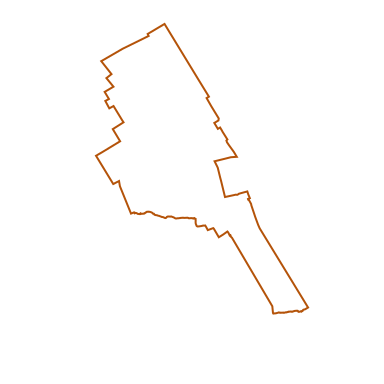 outline of Bacalar, Quintana Roo, Mexico, rotated 59°
{"feature_id": "50627088B87487449340620", "entity_name": "Bacalar", "entity_type": "district", "adm_level": 2, "iso_a3": "MEX", "parent_name": "Mexico", "parent_adm1": "Quintana Roo", "projection": "orthographic", "projection_center": [-88.163, 18.929], "detail": "fine", "context": "isolated", "style": "outline", "palette": "amber", "viewbox_px": 384, "rotation_deg": 59, "n_neighbors": 0, "source": "geoboundaries", "source_scale": "gbopen_adm2", "svg_char_len": 5221}
<svg xmlns="http://www.w3.org/2000/svg" viewBox="0 0 384 384"><g transform="rotate(59 192 192)"><path d="M33.1,202.4L49.5,200.3L50.3,206.7L61.3,205.1L61.2,215.3L69.5,215.3L69.5,215.8L69.3,219.4L75.4,219.7L77.7,219.8L77.9,215.0L94.6,214.9L97.0,214.8L97.3,227.5L110.4,227.5L111.5,227.5L111.6,248.4L111.5,255.6L144.6,255.4L145.0,248.9L149.9,250.8L179.1,255.4L179.6,252.2L180.6,252.2L180.6,251.9L180.7,251.6L180.7,251.3L180.8,251.2L181.1,251.0L181.3,250.9L181.4,250.7L181.5,250.4L182.5,249.9L182.9,249.7L183.0,249.6L183.1,249.4L183.3,249.1L183.7,248.7L183.9,248.3L184.1,248.1L184.2,247.9L183.8,247.6L183.8,247.4L184.0,247.5L184.1,247.2L184.5,246.8L184.6,246.7L184.8,246.4L184.9,246.1L185.0,245.9L185.1,245.7L185.3,245.4L185.4,245.0L185.6,244.8L185.7,244.5L185.9,244.1L185.9,243.8L185.9,243.5L185.7,243.4L185.8,242.5L185.8,242.1L185.7,242.0L185.7,241.9L185.7,241.6L185.8,241.3L185.7,241.0L185.8,240.8L185.8,240.6L186.2,240.0L186.4,239.7L186.6,239.4L186.6,239.2L187.0,238.8L187.1,238.6L187.4,238.3L187.5,238.2L188.0,237.7L189.0,237.0L189.5,236.7L189.9,236.7L190.1,236.7L190.4,236.6L190.5,236.6L190.7,236.4L190.9,236.2L191.0,235.9L191.3,235.8L191.5,235.8L191.8,235.9L192.0,235.9L192.3,235.7L192.6,235.5L193.0,235.2L193.1,234.9L193.3,234.7L193.6,234.4L193.8,234.2L194.0,233.9L194.7,233.4L195.2,232.9L195.5,232.5L195.8,232.3L196.2,232.0L196.9,231.4L197.2,231.2L197.7,230.9L198.0,230.5L198.4,230.0L198.6,229.8L199.2,229.3L199.8,229.0L200.6,228.3L200.7,228.0L200.8,227.7L200.7,227.4L200.6,226.8L200.4,226.4L200.4,226.2L200.5,225.7L200.6,225.4L200.6,225.2L200.8,224.9L201.1,224.5L201.6,223.7L201.8,223.5L201.8,223.4L202.0,223.1L202.1,222.7L202.3,222.4L202.8,222.0L203.1,221.8L203.2,221.7L203.4,221.6L203.9,221.1L204.0,221.0L204.4,220.7L205.1,220.4L205.8,220.0L206.0,219.8L206.3,219.6L206.5,219.3L206.8,218.8L207.0,218.1L207.6,217.0L207.7,216.7L207.8,216.5L208.2,215.5L208.3,215.4L208.3,215.2L208.5,214.8L208.8,214.3L208.9,214.0L209.0,213.8L209.1,213.5L209.3,213.3L209.6,212.7L210.1,212.2L210.3,211.8L210.5,211.4L210.7,211.1L211.1,210.2L211.3,210.0L211.8,209.0L212.4,208.5L212.6,208.5L212.7,208.4L212.8,208.3L213.1,207.9L213.4,207.3L213.5,207.1L213.6,206.9L213.9,206.2L214.1,206.0L214.3,205.7L214.5,205.5L214.6,205.4L214.9,205.1L214.9,204.8L215.0,204.7L215.3,204.6L215.5,204.4L215.4,204.2L215.4,203.8L215.4,203.7L215.5,203.4L215.9,203.2L216.1,203.2L216.4,203.2L216.6,203.2L216.8,203.0L216.9,202.9L217.0,202.8L217.7,203.3L217.9,203.3L218.8,203.8L219.3,204.2L220.0,204.6L220.6,204.9L220.9,205.0L221.1,205.1L221.6,205.2L222.1,205.3L222.5,205.3L222.8,205.4L223.2,205.5L223.5,205.5L223.9,205.3L224.2,205.2L224.4,205.0L224.5,204.9L224.6,204.7L225.1,203.6L225.3,203.2L225.4,202.9L225.5,202.7L225.8,202.0L225.9,201.8L225.9,201.6L226.0,201.4L226.2,201.0L226.2,200.6L226.3,200.4L226.5,200.0L226.5,199.7L227.0,199.0L227.3,198.5L227.4,198.1L227.6,198.1L227.7,197.9L229.6,197.9L232.8,198.1L233.9,192.4L234.6,192.2L244.6,192.3L244.5,187.0L244.1,182.0L245.1,181.8L248.6,182.0L248.7,181.3L249.0,181.3L249.2,182.0L251.8,181.3L331.3,182.0L337.4,184.9L338.1,184.9L338.3,184.5L338.3,184.4L338.4,184.2L338.5,183.9L338.6,183.7L338.8,183.3L338.9,183.1L339.0,183.0L339.1,182.8L339.1,182.7L339.3,182.2L339.4,181.8L339.5,181.3L339.6,181.0L339.7,180.8L339.8,180.4L339.9,179.6L340.0,179.5L340.3,179.3L340.4,179.1L340.7,178.9L340.8,178.8L340.9,178.5L341.0,178.5L341.1,178.3L341.2,178.2L341.3,177.9L341.4,177.7L341.5,177.6L341.6,177.4L341.7,177.1L341.8,177.0L341.9,176.8L342.0,176.7L342.1,176.4L342.3,176.2L342.4,175.9L342.5,175.9L342.7,175.7L342.8,175.5L342.9,175.4L343.1,174.8L343.2,174.6L343.2,174.1L343.3,173.8L343.5,173.6L343.6,173.4L343.8,173.2L343.9,172.6L343.9,172.4L344.0,172.3L344.1,172.0L344.2,171.5L344.2,171.4L344.3,171.4L344.4,170.9L344.6,170.7L344.7,170.2L344.9,169.7L345.0,169.4L345.2,169.1L345.3,168.9L345.5,168.8L345.5,168.6L345.8,168.4L345.9,168.2L346.2,168.0L346.2,167.8L346.2,167.6L346.3,167.5L346.3,167.3L346.4,167.1L346.4,166.9L346.5,166.6L346.6,166.4L346.6,166.1L346.6,165.8L346.7,165.6L346.8,165.5L346.9,165.0L347.0,164.8L347.2,164.4L347.4,164.1L347.5,163.8L347.6,163.7L347.7,163.4L347.8,163.3L347.9,163.2L348.0,163.1L348.0,162.9L348.4,162.5L348.5,162.5L349.3,162.5L349.5,162.5L349.6,162.4L349.8,162.0L349.8,161.9L349.9,161.7L350.0,161.6L350.0,161.4L350.1,161.1L350.2,160.9L350.2,160.6L350.3,160.3L350.3,160.2L350.5,160.1L350.4,160.0L350.4,159.7L350.6,159.5L350.6,159.3L350.7,159.2L350.8,159.2L350.8,158.8L350.9,158.7L350.8,158.2L350.5,157.9L350.4,157.6L350.3,157.3L350.4,156.7L350.5,156.4L350.6,156.2L350.8,155.4L350.8,155.2L350.8,154.6L350.8,153.6L350.8,153.3L350.8,153.0L350.8,152.0L258.0,152.7L254.1,152.2L245.7,150.6L242.2,149.8L234.0,148.0L232.7,147.5L228.0,147.3L227.8,147.7L227.1,147.7L226.8,147.6L227.1,145.6L223.0,145.0L220.0,144.3L218.5,149.6L217.6,152.9L217.8,153.3L217.7,154.7L216.8,155.9L216.2,157.8L213.3,166.3L197.9,161.5L196.2,161.0L194.4,160.5L184.4,157.4L177.3,156.8L180.4,146.8L182.2,140.8L184.9,135.5L179.1,135.5L170.9,136.2L167.4,136.4L165.6,136.0L165.2,134.6L156.1,134.8L154.7,134.7L151.2,134.7L151.2,137.3L144.3,137.3L144.3,132.5L142.7,131.2L128.4,131.3L119.0,131.1L119.0,128.4L109.9,128.5L99.3,128.6L33.8,129.0L33.7,148.6L35.9,148.8L33.5,177.7L33.1,202.4Z" fill="none" stroke="#b45309" stroke-width="2"/></g></svg>